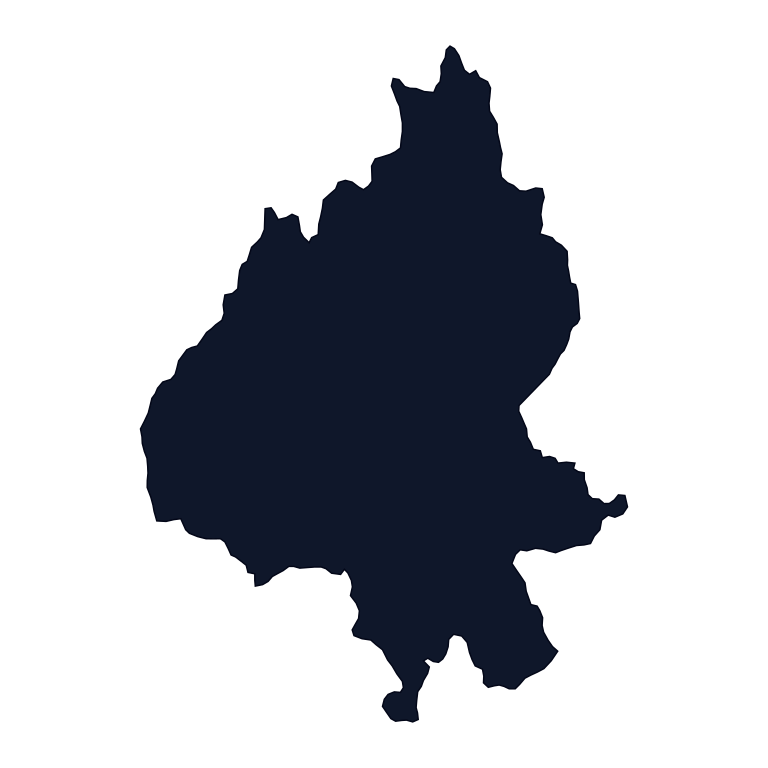 Pau Brasil, Bahia, Brazil (Robinson projection)
{"feature_id": "56859067B52793357327632", "entity_name": "Pau Brasil", "entity_type": "district", "adm_level": 2, "iso_a3": "BRA", "parent_name": "Brazil", "parent_adm1": "Bahia", "projection": "robinson", "projection_center": [-39.68, -15.46], "detail": "fine", "context": "isolated", "style": "filled", "palette": "ink", "viewbox_px": 768, "rotation_deg": 0, "n_neighbors": 0, "source": "geoboundaries", "source_scale": "gbopen_adm2", "svg_char_len": 4005}
<svg xmlns="http://www.w3.org/2000/svg" viewBox="0 0 768 768"><path d="M475.7,70.7L469.5,74.3L464.4,70.2L461.7,63.4L458.9,55.6L454.4,48.7L450.0,46.1L446.3,49.9L445.3,57.6L440.9,66.0L441.3,73.7L440.1,81.7L436.5,85.9L433.8,92.5L424.2,91.6L416.2,88.6L409.9,88.3L404.7,86.6L399.0,79.6L393.2,78.5L391.4,86.0L394.4,93.7L397.1,101.1L399.7,106.4L401.0,114.9L402.4,122.9L402.4,131.5L401.2,140.1L400.5,147.9L395.3,151.8L390.1,154.4L382.5,156.8L375.3,158.9L371.6,166.1L371.9,173.8L372.1,181.3L368.5,186.1L363.5,189.7L358.8,187.2L352.1,182.1L345.4,180.4L338.3,182.5L335.7,189.1L329.6,194.4L323.4,200.0L322.4,208.3L320.6,217.0L318.8,224.1L318.2,234.6L311.7,237.6L309.1,242.7L303.5,237.2L300.3,231.7L299.5,225.9L297.9,216.9L292.0,214.3L286.4,217.6L278.1,219.6L274.4,212.5L271.1,207.8L265.1,208.7L264.4,229.5L261.0,237.8L257.3,242.0L251.6,247.3L249.3,254.9L247.2,261.4L242.2,264.4L239.7,270.5L238.5,280.2L237.8,288.8L232.4,293.5L224.9,295.0L223.2,304.8L224.2,313.3L221.9,320.3L215.6,324.9L211.6,328.7L206.6,332.5L201.9,339.5L197.3,346.0L191.7,347.5L186.8,349.8L183.7,354.0L178.7,360.8L176.7,369.0L175.1,374.5L170.9,379.4L162.8,382.0L157.6,388.2L155.3,393.7L151.9,398.3L150.4,404.6L148.3,413.0L144.4,421.3L140.5,428.9L142.0,436.8L142.3,443.4L144.4,451.4L147.0,458.2L147.7,466.2L148.0,473.2L147.3,480.4L147.2,487.5L150.8,497.0L153.0,505.1L154.1,511.3L156.8,520.9L166.1,521.4L173.8,519.6L180.8,518.7L185.7,529.7L189.4,533.3L197.7,536.6L206.0,538.7L213.4,538.8L220.4,538.7L224.9,541.9L228.2,548.5L231.1,555.0L235.5,556.9L241.0,561.1L246.2,565.2L248.0,572.4L254.8,573.8L254.8,580.3L255.3,586.1L262.6,584.6L268.1,581.4L272.3,576.5L277.7,573.5L283.1,570.6L288.8,566.4L293.8,566.4L299.8,568.1L306.3,567.6L314.3,567.0L321.3,567.0L326.0,568.7L331.6,573.2L340.6,574.4L344.4,569.3L347.9,573.0L351.4,580.4L352.4,586.9L350.5,595.6L356.2,603.1L359.4,610.7L358.6,618.5L355.0,624.8L352.2,629.9L354.0,635.6L362.0,638.7L370.8,640.0L376.1,644.7L382.5,649.7L387.6,659.9L392.2,665.9L396.9,673.9L402.4,681.4L403.4,687.7L400.4,692.4L394.3,691.9L388.1,694.4L384.3,699.3L382.5,706.4L386.4,712.1L390.9,718.6L395.6,721.2L401.8,720.4L406.5,720.1L412.7,721.9L418.2,719.5L417.5,712.9L416.1,707.6L416.7,700.4L417.7,691.7L421.3,686.4L423.4,680.5L427.6,673.4L429.3,667.0L423.4,660.9L427.8,658.2L433.3,661.5L438.5,662.3L442.7,659.0L445.8,653.9L448.1,646.8L448.7,639.4L453.6,634.3L461.7,636.0L467.2,642.4L469.5,652.5L472.1,659.6L475.2,665.9L482.5,669.2L483.8,676.1L483.5,682.8L488.3,687.3L494.2,685.8L499.2,685.0L504.1,686.4L509.2,688.8L515.2,688.8L519.7,684.3L524.9,678.2L530.8,675.1L537.3,672.1L543.9,668.6L551.2,660.8L557.7,651.2L552.5,646.6L548.1,640.3L543.6,632.2L542.1,625.4L542.6,617.7L539.8,610.7L537.1,606.1L530.9,604.6L528.3,597.2L526.2,591.3L525.0,582.8L521.2,577.1L516.7,570.6L511.9,563.5L515.5,554.4L520.2,549.8L526.8,550.8L535.5,548.3L543.1,549.1L548.8,551.0L555.6,552.7L560.9,550.6L567.7,548.3L576.5,545.5L584.0,544.9L590.5,543.5L594.3,536.0L599.9,529.7L601.6,520.2L608.2,515.1L614.9,517.2L622.8,513.9L627.5,506.9L624.9,495.5L618.4,494.9L614.4,499.9L609.3,503.5L604.0,503.6L598.9,499.1L592.3,498.7L588.0,494.6L587.1,487.8L584.3,479.7L584.2,472.8L578.2,471.7L573.4,468.7L574.9,463.1L566.4,462.2L558.0,463.1L555.1,458.3L549.6,456.5L542.3,457.6L540.3,450.8L533.3,449.3L530.4,442.2L527.2,436.9L526.5,428.9L524.2,423.6L521.7,417.7L518.7,411.2L519.0,405.5L549.4,374.2L552.0,368.3L555.1,364.1L557.8,358.8L560.4,354.0L564.0,350.4L566.6,344.7L568.7,339.1L570.0,331.9L572.4,327.0L577.2,323.4L579.7,318.6L579.1,312.3L578.4,302.2L577.5,291.1L575.5,284.6L570.7,283.1L569.5,276.9L568.6,271.2L567.4,265.3L567.6,259.9L567.1,251.3L561.4,245.2L555.6,241.8L552.3,237.8L546.1,235.7L539.8,233.8L542.4,224.8L540.8,214.6L542.2,204.2L544.2,197.3L542.2,188.7L535.7,188.0L526.0,191.2L519.5,190.8L513.5,185.5L507.5,182.8L501.5,177.3L500.2,169.7L501.0,161.6L502.1,153.8L500.5,147.5L499.4,141.9L497.3,132.7L497.1,124.1L493.3,117.2L489.6,111.2L489.0,103.2L489.8,96.3L490.5,88.1L487.5,81.7L479.4,77.6L475.7,70.7Z" fill="#0f172a" stroke="#020617" stroke-width="1.5"/></svg>